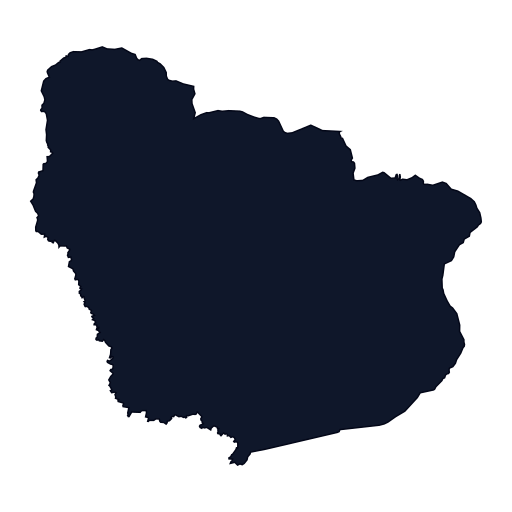 Ocnita, Dâmbovita, Romania
{"feature_id": "2599482B12009979413210", "entity_name": "Ocnita", "entity_type": "district", "adm_level": 2, "iso_a3": "ROU", "parent_name": "Romania", "parent_adm1": "Dâmbovita", "projection": "mercator", "projection_center": [25.545, 44.998], "detail": "fine", "context": "isolated", "style": "filled", "palette": "ink", "viewbox_px": 512, "rotation_deg": 0, "n_neighbors": 0, "source": "geoboundaries", "source_scale": "gbopen_adm2", "svg_char_len": 5906}
<svg xmlns="http://www.w3.org/2000/svg" viewBox="0 0 512 512"><path d="M452.8,366.7L455.4,363.3L456.6,359.6L460.7,353.2L463.0,347.7L464.2,346.3L464.5,344.4L463.9,342.1L463.9,339.7L459.6,331.4L459.7,325.1L456.8,313.7L452.6,308.0L450.1,306.1L447.2,301.1L443.7,293.5L443.0,289.7L442.2,288.1L441.9,279.0L442.8,275.4L444.3,263.9L451.4,260.6L453.7,256.9L454.7,251.8L459.4,244.7L463.2,242.6L464.2,239.1L469.3,236.2L470.0,232.5L477.3,226.8L478.4,225.0L480.5,223.5L481.3,221.9L480.9,218.0L479.7,212.7L476.8,208.1L475.9,205.1L474.3,201.8L470.8,198.6L457.8,191.1L451.2,189.2L446.2,183.5L442.4,182.1L432.8,185.3L427.4,184.3L424.2,184.4L423.3,183.6L423.4,181.2L422.4,179.5L419.4,178.2L415.3,175.3L412.1,177.7L407.0,179.8L402.6,179.2L400.3,180.3L399.8,179.8L400.3,177.0L399.8,174.1L398.8,178.8L397.5,179.8L397.1,178.8L397.4,175.4L397.0,174.4L396.3,174.6L395.1,178.0L390.9,178.3L384.1,172.7L382.7,172.3L378.0,174.9L367.8,177.4L362.9,180.4L356.7,180.8L353.9,179.9L353.1,173.1L354.9,168.2L354.5,163.3L353.5,162.0L351.5,161.7L351.2,159.9L352.4,158.1L350.3,149.7L346.0,146.0L342.5,138.4L340.8,137.9L340.7,136.6L339.3,133.9L339.4,131.8L340.0,131.5L322.4,130.6L310.8,125.2L292.3,132.8L287.3,133.4L284.8,132.5L283.3,131.3L278.6,121.2L276.7,119.1L274.1,117.8L263.8,117.4L260.5,118.6L258.9,118.5L254.1,117.1L247.3,114.5L242.5,111.9L239.8,111.2L228.6,110.7L222.2,111.3L218.0,110.6L209.0,112.8L206.6,112.7L201.0,114.7L193.7,118.7L195.2,112.7L192.0,103.6L191.8,99.5L194.9,93.8L193.6,89.2L193.7,86.4L183.1,83.9L176.0,80.9L172.4,81.2L168.6,80.2L167.5,79.1L166.3,76.1L166.2,72.5L163.8,67.5L160.1,63.8L157.5,62.4L156.9,61.3L152.7,59.3L146.5,58.3L141.7,58.6L139.6,60.4L138.2,59.9L136.7,58.4L135.1,54.5L131.3,53.3L121.8,48.0L114.8,49.4L107.0,48.9L102.3,46.9L94.7,49.3L92.2,49.9L89.5,49.6L81.5,51.9L73.3,51.7L70.1,52.8L68.5,54.4L68.2,56.4L66.2,55.9L65.9,57.3L63.7,58.0L60.1,61.1L60.1,62.2L58.6,62.5L55.6,65.0L51.6,66.6L47.8,70.0L47.2,71.4L47.4,72.6L49.4,77.2L46.0,78.6L43.7,81.1L41.3,90.8L44.2,96.7L44.9,99.8L43.9,103.3L42.0,105.2L42.1,108.3L40.9,109.5L40.7,110.3L41.5,111.5L44.5,111.4L46.3,113.7L47.5,120.3L46.0,129.7L46.6,134.7L46.3,140.6L47.0,142.9L48.0,143.8L47.6,144.9L48.3,146.3L48.2,147.4L50.7,149.9L50.6,151.8L51.9,152.1L52.8,153.1L49.4,156.6L47.1,156.7L47.5,161.5L45.9,163.5L43.8,163.7L43.2,164.3L43.0,170.7L38.7,172.0L38.4,173.1L39.2,175.2L38.0,177.9L36.1,179.8L36.5,182.8L33.5,191.2L33.4,192.2L34.1,193.7L33.9,196.4L33.2,198.9L30.7,201.2L33.1,205.1L35.6,211.3L37.7,213.3L38.5,215.5L38.5,216.1L37.0,217.6L37.6,219.1L37.6,220.6L35.7,227.1L35.8,230.8L36.3,231.5L38.2,231.5L41.3,234.2L44.7,234.1L44.3,237.1L46.1,236.3L47.7,237.2L48.2,237.7L47.7,239.3L48.5,240.8L50.3,241.3L52.1,241.0L52.2,242.4L53.2,242.8L54.4,240.3L54.9,240.2L57.8,243.0L58.9,245.0L59.0,247.1L60.0,245.9L66.5,246.0L67.2,247.9L69.8,249.3L69.7,250.1L67.9,252.7L68.0,254.2L67.5,255.2L68.4,257.4L70.8,257.0L71.5,259.5L71.1,260.7L69.4,261.7L68.5,266.5L72.4,268.5L73.1,269.2L73.5,271.0L75.7,273.5L75.9,275.0L74.8,278.8L75.3,279.8L77.4,279.4L78.1,279.6L78.9,281.0L78.7,284.7L80.8,286.4L79.9,288.1L80.1,288.5L81.6,288.9L81.0,290.1L79.3,291.4L79.6,292.2L79.2,293.0L80.8,294.3L80.7,295.8L81.6,296.5L82.1,297.7L83.4,296.5L84.1,296.7L84.2,298.3L85.1,300.4L84.8,301.5L84.1,301.7L85.1,302.8L84.1,304.1L84.9,306.1L85.3,306.6L86.7,306.3L88.9,307.6L89.1,309.0L91.5,310.5L90.8,312.5L91.2,313.3L93.8,314.4L94.5,315.4L92.0,316.2L91.8,316.7L93.7,318.5L92.5,319.7L95.1,320.6L95.2,322.1L95.7,322.8L94.3,323.7L94.1,324.7L96.7,325.0L97.1,327.8L97.9,328.0L98.8,327.4L98.9,327.9L98.2,328.7L96.7,328.7L96.4,329.7L98.3,330.5L100.1,332.5L97.4,334.3L97.2,337.3L96.1,338.1L96.0,339.5L97.0,340.2L98.4,339.5L99.3,340.8L102.4,341.2L103.7,339.5L104.7,340.3L105.5,342.3L108.9,346.0L111.2,346.7L112.0,348.0L110.9,349.6L110.6,354.3L109.5,357.7L110.8,358.0L111.7,356.3L113.1,357.0L112.7,358.7L109.4,361.2L107.6,360.4L107.1,361.3L107.5,362.4L110.6,364.1L112.8,364.6L113.0,365.2L113.2,366.8L112.6,369.2L110.8,369.5L110.1,370.7L113.1,373.3L112.9,374.2L110.8,376.4L108.8,379.9L110.4,382.8L109.0,385.4L109.7,385.8L111.7,389.4L111.5,390.2L110.4,390.7L111.7,392.7L114.6,392.1L116.2,392.7L115.0,394.5L115.8,397.0L115.5,398.3L118.7,399.5L118.0,400.2L118.2,401.5L123.0,402.9L123.7,403.8L122.9,405.3L123.1,406.6L128.9,407.6L127.7,413.0L128.2,414.5L127.6,415.3L128.3,416.6L129.0,416.6L131.7,412.0L140.2,412.3L141.1,411.1L142.2,410.6L146.2,410.6L146.5,412.8L145.6,416.9L147.9,417.4L148.5,418.2L147.7,421.3L148.4,421.4L149.2,420.4L153.7,420.4L155.8,418.9L158.3,418.9L159.3,419.1L159.8,421.2L160.6,422.2L163.9,422.5L166.1,424.1L167.1,422.8L167.2,421.3L169.5,420.7L171.6,418.5L171.2,417.5L172.0,416.5L173.7,416.6L174.6,415.0L175.4,414.8L178.9,416.7L181.3,416.3L183.5,417.4L184.3,416.9L185.7,417.9L186.6,417.4L186.3,416.1L186.6,415.6L188.1,415.8L192.8,414.2L195.2,414.4L196.2,414.0L197.1,412.0L197.5,412.0L201.7,416.4L201.8,417.0L200.8,418.8L201.0,420.0L202.2,421.3L202.2,422.4L203.4,423.8L200.1,425.2L199.5,426.2L200.1,427.5L201.8,428.3L202.5,427.3L204.4,427.9L206.8,427.4L210.7,429.9L211.2,428.1L213.7,425.9L215.1,426.2L217.3,427.3L217.5,428.5L218.7,428.7L217.9,429.9L218.1,431.8L217.6,432.9L217.9,433.6L220.4,434.0L220.2,434.8L221.0,435.7L223.6,432.9L225.1,434.2L226.0,433.5L227.3,434.4L227.4,435.9L229.2,435.5L230.9,437.4L232.4,436.7L234.2,437.4L235.3,439.6L233.7,441.4L234.3,442.1L236.5,441.7L237.8,442.8L237.8,447.0L237.6,448.0L236.5,447.8L236.0,449.5L232.5,454.4L231.7,454.7L230.7,456.8L228.9,457.9L229.0,458.9L232.6,459.1L232.0,461.0L231.0,461.7L230.3,463.4L234.8,462.3L237.6,465.1L239.9,463.9L242.2,464.7L244.2,463.4L247.0,459.9L247.7,456.8L250.0,454.1L250.6,452.1L266.3,449.0L337.3,432.4L339.1,431.6L339.9,429.6L379.3,425.2L384.2,423.9L387.9,422.1L395.7,416.6L404.8,411.2L417.3,397.6L420.2,392.8L433.6,389.9L434.6,389.2L435.9,386.7L441.9,380.6L442.8,378.6L444.6,377.8L445.5,375.0L446.9,373.9L448.5,373.5L449.3,372.3L449.0,369.7L449.5,368.1L452.8,366.7Z" fill="#0f172a" stroke="#020617" stroke-width="1.5"/></svg>